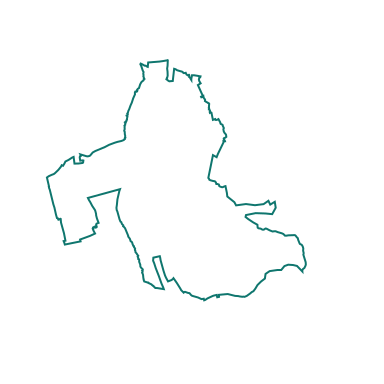 Suplacu De Barcau, Bihor, Romania, rotated 298°
{"feature_id": "2599482B91018668857272", "entity_name": "Suplacu De Barcau", "entity_type": "district", "adm_level": 2, "iso_a3": "ROU", "parent_name": "Romania", "parent_adm1": "Bihor", "projection": "orthographic", "projection_center": [22.507, 47.235], "detail": "fine", "context": "isolated", "style": "outline", "palette": "teal", "viewbox_px": 384, "rotation_deg": 298, "n_neighbors": 0, "source": "geoboundaries", "source_scale": "gbopen_adm2", "svg_char_len": 5980}
<svg xmlns="http://www.w3.org/2000/svg" viewBox="0 0 384 384"><g transform="rotate(298 192 192)"><path d="M173.6,326.8L174.4,326.3L175.3,326.1L176.2,326.2L177.7,326.9L180.3,326.8L181.5,326.5L183.4,325.3L189.0,319.7L189.7,319.6L190.6,319.2L192.3,317.7L194.5,316.7L195.9,315.3L196.6,314.2L196.9,313.5L196.8,311.7L197.0,311.3L199.6,308.2L200.9,307.1L201.2,305.9L202.1,304.0L202.2,303.0L198.9,297.3L197.7,295.8L197.1,294.6L197.8,292.4L197.7,290.7L196.8,286.4L196.6,284.3L195.8,282.8L195.0,281.8L194.9,281.2L194.6,278.5L194.6,275.3L194.5,274.6L194.2,274.0L192.5,273.1L192.0,272.3L191.8,271.5L191.9,270.2L191.8,269.4L191.3,268.2L191.2,267.5L191.4,266.7L193.8,265.1L193.9,260.2L194.5,254.3L195.1,251.0L197.0,250.5L203.2,258.1L207.5,266.9L210.1,273.2L217.4,273.3L222.2,269.7L217.6,267.0L220.1,263.6L214.9,260.9L209.9,253.8L206.7,245.3L200.9,237.2L202.9,234.2L204.6,225.3L207.6,223.2L212.9,218.8L212.2,218.0L210.6,216.8L210.3,216.2L210.0,214.5L210.0,213.4L211.2,212.2L211.0,210.7L210.5,209.7L211.7,208.6L212.2,207.1L211.6,205.4L211.0,202.7L211.0,201.5L211.7,200.8L212.1,199.8L234.4,193.2L234.3,197.4L237.8,197.0L250.8,196.5L251.6,195.9L252.0,196.8L252.3,197.3L252.7,196.9L253.7,195.1L254.1,194.9L254.6,195.0L255.6,195.9L256.8,196.4L258.5,195.2L258.9,194.5L259.5,192.9L260.4,191.6L262.2,190.2L263.4,190.1L264.8,188.2L265.5,187.7L265.7,186.8L265.6,185.4L265.8,185.0L266.7,184.3L268.8,181.1L267.7,180.4L267.2,179.9L266.7,178.9L267.3,178.2L265.5,176.6L271.2,171.9L271.2,171.7L270.9,171.1L270.3,170.7L271.0,170.0L271.8,170.1L272.1,169.9L272.7,169.1L272.9,168.8L272.8,168.2L273.7,168.0L274.1,167.3L274.7,167.3L275.7,166.7L277.9,165.8L278.3,165.0L278.1,164.3L278.3,163.7L278.2,162.8L278.4,160.7L279.5,160.3L279.9,159.9L280.1,159.1L280.9,157.9L281.8,157.2L281.0,157.0L280.0,155.8L280.4,155.3L281.8,156.6L289.2,147.0L292.0,148.6L293.4,146.3L294.5,145.3L295.8,144.9L297.3,145.4L298.1,145.2L297.8,144.4L297.5,144.3L297.3,143.7L297.5,143.3L296.1,139.2L295.1,137.2L291.5,138.3L290.6,138.8L291.2,137.7L291.6,137.2L292.5,135.6L292.4,135.4L293.8,134.8L294.1,134.4L294.0,134.2L293.3,134.0L293.0,133.6L293.2,131.9L294.3,130.5L293.8,130.0L293.1,128.9L293.2,128.1L293.5,127.7L293.5,127.3L293.6,126.4L293.4,126.0L292.5,121.6L292.7,120.0L292.4,118.4L281.0,122.9L279.1,120.0L279.1,118.9L279.4,117.6L279.5,116.5L280.8,116.3L280.9,116.5L283.3,115.9L286.8,113.9L289.3,112.1L291.9,111.2L296.9,108.8L296.9,108.5L296.7,108.4L293.9,104.8L291.8,101.9L285.8,92.5L281.7,94.2L281.6,93.7L281.8,91.8L281.3,90.8L281.4,88.5L281.3,86.4L280.6,86.4L279.1,88.4L276.1,91.5L275.2,92.9L273.4,93.5L272.6,94.3L271.2,94.8L270.7,95.6L270.3,95.7L270.3,95.3L269.5,96.9L268.7,96.5L267.8,96.8L266.1,96.0L265.0,95.7L262.6,95.7L258.9,96.4L257.6,95.7L255.9,95.5L255.7,95.7L255.7,96.2L255.1,96.3L254.5,96.0L254.0,94.8L253.4,94.8L252.7,95.0L251.5,95.8L247.1,96.1L242.6,96.9L239.5,97.1L235.4,97.7L233.9,97.7L231.7,98.2L231.0,98.0L230.6,98.8L230.4,98.8L229.7,98.8L228.8,98.3L228.7,98.4L229.0,99.0L228.8,99.4L226.1,100.2L225.3,100.7L224.6,100.4L223.7,100.8L223.0,100.4L222.6,100.7L222.5,100.3L222.1,100.1L222.0,100.4L222.1,100.6L220.6,101.0L220.0,101.5L218.8,101.2L218.0,102.0L217.0,102.3L216.1,103.0L214.2,103.4L213.6,104.3L211.3,105.7L210.6,106.4L209.3,107.1L208.8,107.6L208.4,107.3L207.3,107.9L206.6,107.4L206.2,107.5L205.4,107.0L203.9,105.7L201.3,102.7L199.3,100.7L194.8,96.7L190.7,93.9L182.8,87.4L180.3,85.8L176.6,85.0L175.9,84.7L174.9,83.7L174.3,82.8L174.0,81.8L172.8,75.8L172.3,76.5L171.6,76.9L170.9,76.3L169.7,76.7L167.2,78.6L168.7,80.8L168.8,81.3L166.9,82.0L166.3,81.8L163.8,78.3L161.9,74.9L167.4,71.0L166.3,70.1L162.3,67.9L159.5,65.9L157.1,66.0L154.6,65.8L154.5,64.4L152.8,64.4L148.7,63.6L144.1,62.1L142.9,61.5L141.2,60.0L138.7,58.1L136.7,57.1L129.8,63.1L129.6,63.0L128.3,64.1L127.3,65.3L115.9,75.5L113.7,77.8L108.2,82.5L105.6,85.0L105.8,85.9L105.7,86.1L104.8,86.9L104.8,87.1L105.0,87.4L105.7,87.6L106.6,88.4L106.6,88.7L103.5,90.7L95.5,98.3L89.6,103.1L88.4,101.7L88.0,102.1L88.0,102.3L85.9,104.4L96.1,116.8L97.5,115.5L105.3,122.5L109.8,125.9L111.6,123.2L112.9,121.7L113.4,122.1L114.2,121.3L115.6,122.2L115.9,122.5L115.3,123.0L115.2,123.5L115.4,123.8L116.1,124.3L116.6,124.2L117.9,122.8L118.7,122.6L119.2,122.6L120.9,124.0L124.0,120.5L126.4,118.3L127.6,117.6L129.9,115.5L130.5,114.8L132.9,110.4L135.3,106.9L136.5,104.8L137.9,102.9L160.7,127.1L158.7,127.4L150.5,129.6L145.4,131.7L142.6,132.7L140.7,134.0L139.8,135.2L133.9,140.8L132.3,142.7L132.2,143.7L130.9,145.1L130.3,147.0L129.4,147.3L129.4,147.9L128.6,149.9L123.4,156.2L122.7,156.6L121.6,159.0L119.7,161.0L119.7,162.1L119.4,162.7L118.7,163.5L118.3,163.7L118.2,163.9L117.2,165.1L116.8,165.6L116.9,166.2L115.9,166.9L115.6,167.9L115.1,168.5L114.3,168.6L113.8,169.0L113.5,169.6L112.3,170.4L111.7,172.1L111.4,172.4L110.4,174.5L109.5,174.3L109.3,174.5L108.8,175.2L107.6,176.0L107.8,176.5L107.1,177.4L105.6,178.1L103.5,180.5L102.2,181.2L101.4,182.2L100.6,184.8L100.2,185.1L99.2,184.9L99.0,185.5L98.2,185.9L97.7,185.7L97.3,185.8L96.7,186.8L95.8,187.7L93.1,189.5L92.2,190.4L91.9,190.4L90.6,191.8L91.2,195.2L91.5,195.7L91.5,196.1L91.2,196.3L91.4,199.6L91.1,200.2L91.1,200.7L90.8,201.5L91.0,201.9L90.9,202.3L90.5,202.9L90.3,204.0L90.0,204.6L90.9,206.5L93.0,212.7L94.3,211.3L96.8,208.1L102.2,202.2L107.8,195.7L111.4,192.0L113.1,189.9L115.9,188.7L120.2,193.7L119.0,194.8L116.9,196.4L109.1,203.8L105.7,207.3L104.2,209.2L101.8,212.8L104.7,215.3L106.4,216.0L107.2,216.1L105.6,219.3L104.4,221.6L101.1,227.3L100.3,228.4L99.2,231.9L100.1,232.1L100.6,232.8L101.0,235.7L101.5,237.3L100.6,239.5L100.4,240.8L101.7,246.9L101.9,250.7L103.3,252.5L102.1,253.6L103.0,254.4L105.3,255.6L109.8,259.0L110.6,259.7L112.7,262.1L110.9,263.7L112.1,265.1L113.8,264.0L118.2,270.7L118.7,271.5L120.5,278.8L121.8,281.7L122.2,283.2L123.1,285.6L123.8,286.6L124.1,287.6L125.9,289.1L129.7,291.0L131.6,291.7L133.2,292.8L136.4,293.3L140.6,293.5L145.4,295.0L149.8,297.0L154.2,295.4L158.6,297.7L163.2,304.0L165.0,307.4L170.0,308.4L173.0,311.1L175.0,315.6L176.0,319.4L173.6,326.8Z" fill="none" stroke="#0f766e" stroke-width="2"/></g></svg>